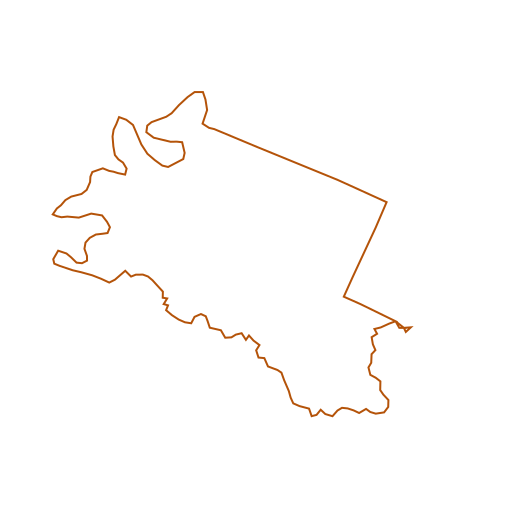 outline of Ariranha do Ivaí, Paraná, Brazil, rotated 213°
{"feature_id": "56859067B92755437494593", "entity_name": "Ariranha do Ivaí", "entity_type": "district", "adm_level": 2, "iso_a3": "BRA", "parent_name": "Brazil", "parent_adm1": "Paraná", "projection": "orthographic", "projection_center": [-51.529, -24.379], "detail": "fine", "context": "isolated", "style": "outline", "palette": "amber", "viewbox_px": 512, "rotation_deg": 213, "n_neighbors": 0, "source": "geoboundaries", "source_scale": "gbopen_adm2", "svg_char_len": 2212}
<svg xmlns="http://www.w3.org/2000/svg" viewBox="0 0 512 512"><g transform="rotate(213 256 256)"><path d="M103.4,277.3L141.9,272.6L160.2,269.7L163.4,290.6L171.1,345.0L175.8,372.3L228.9,364.3L314.1,348.1L360.1,339.7L365.2,337.9L372.9,337.9L376.5,351.8L383.6,359.7L389.8,364.6L396.8,360.0L399.9,352.1L402.8,340.6L404.5,329.9L407.1,323.9L416.5,311.4L418.2,306.1L415.4,300.1L406.2,299.5L389.8,305.3L384.8,308.7L379.9,311.2L372.0,303.6L369.8,297.7L378.2,282.8L383.8,280.8L393.2,281.3L402.8,282.6L412.9,287.1L430.5,298.9L439.0,299.6L446.5,297.9L445.0,290.6L444.2,284.4L441.4,278.1L435.3,270.2L429.3,263.8L424.0,262.1L418.4,261.9L412.1,258.8L410.1,253.0L417.0,250.3L421.4,249.1L425.5,247.4L432.2,246.1L439.0,237.3L438.1,232.4L435.4,227.6L434.0,219.2L436.1,213.0L443.3,205.2L446.3,199.1L447.2,192.4L448.9,187.4L449.1,180.2L444.6,181.0L440.2,182.6L435.7,186.3L425.5,191.7L417.3,201.8L407.2,206.2L399.5,203.5L394.2,200.6L393.0,194.4L396.8,191.1L402.0,186.8L405.3,180.7L406.3,174.4L403.8,168.6L397.8,164.0L395.2,160.1L398.0,155.2L402.9,152.7L410.4,154.2L416.3,154.9L424.8,152.7L424.3,142.9L421.0,139.7L415.2,140.8L402.0,144.2L393.7,147.2L382.9,150.6L373.7,152.5L364.6,153.8L361.4,159.3L357.6,172.4L349.6,170.7L346.6,174.9L340.7,178.8L335.4,180.0L329.6,179.3L323.2,177.6L314.7,175.4L311.5,170.2L307.4,172.0L307.2,165.4L302.9,166.7L301.9,161.6L294.3,160.6L286.2,160.6L279.5,161.7L273.7,164.3L274.4,171.5L270.6,177.3L265.3,178.1L261.2,175.1L255.7,170.7L245.0,174.6L237.3,170.7L232.3,174.4L230.1,179.1L226.0,183.4L218.8,180.2L218.6,185.5L212.0,183.7L204.6,183.2L204.5,177.0L198.6,172.2L193.4,174.9L185.8,169.9L175.8,172.1L171.1,172.0L164.8,167.2L154.9,160.6L149.8,156.1L144.5,152.7L137.8,153.8L128.4,156.9L122.1,152.0L118.7,155.7L118.0,162.3L111.8,161.2L104.6,163.3L103.5,170.8L101.2,175.5L96.1,178.1L90.0,179.7L84.0,180.5L80.4,187.7L75.2,187.4L69.7,189.0L63.4,194.6L62.9,201.4L66.5,207.3L73.7,209.1L78.8,211.2L83.4,218.6L89.1,219.1L95.4,218.6L101.0,223.8L101.2,229.2L105.6,236.6L104.6,242.1L109.9,245.6L114.8,250.9L112.1,256.7L116.9,259.3L112.5,264.0L107.5,271.8L103.4,277.3ZM103.4,277.3L96.7,273.8L92.8,276.3L103.4,277.3ZM92.8,276.3L89.0,273.9L87.3,280.5L92.8,276.3Z" fill="none" stroke="#b45309" stroke-width="2"/></g></svg>